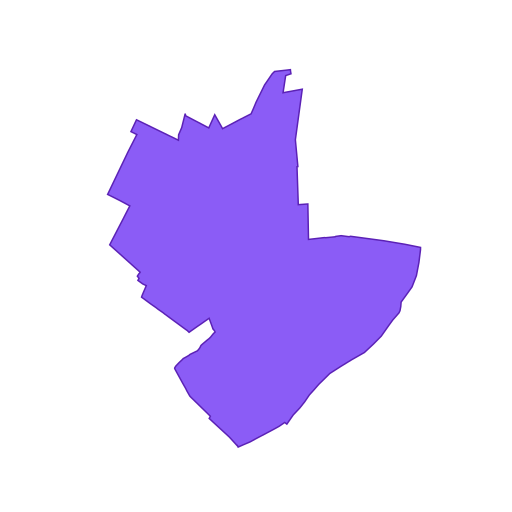 Zimnicea, Teleorman, Romania (Equal Earth projection), rotated 286°
{"feature_id": "2599482B67626628859596", "entity_name": "Zimnicea", "entity_type": "district", "adm_level": 2, "iso_a3": "ROU", "parent_name": "Romania", "parent_adm1": "Teleorman", "projection": "equal_earth", "projection_center": [25.358, 43.689], "detail": "fine", "context": "isolated", "style": "filled", "palette": "violet", "viewbox_px": 512, "rotation_deg": 286, "n_neighbors": 0, "source": "geoboundaries", "source_scale": "gbopen_adm2", "svg_char_len": 2363}
<svg xmlns="http://www.w3.org/2000/svg" viewBox="0 0 512 512"><g transform="rotate(286 256 256)"><path d="M401.4,213.4L396.4,212.8L391.3,212.1L382.2,202.3L369.2,188.8L380.4,177.4L366.1,175.3L371.2,150.7L371.4,149.8L373.3,148.7L358.9,149.2L351.2,148.2L345.9,149.5L349.3,130.3L354.0,103.6L353.6,103.5L341.1,101.5L339.9,108.0L321.0,104.3L274.3,96.4L274.2,97.0L271.8,109.8L269.4,120.9L260.9,119.2L254.7,118.0L242.9,115.6L236.9,114.4L231.0,113.2L226.4,112.3L208.5,149.1L208.0,149.0L206.3,148.2L203.9,147.5L202.3,149.7L200.0,149.2L199.5,150.5L198.3,153.8L197.9,154.9L197.3,158.7L193.0,158.2L190.9,157.9L186.5,157.4L184.9,157.3L184.8,157.5L180.7,168.6L178.8,174.2L177.8,176.6L176.8,179.6L175.8,182.5L175.2,183.9L175.1,184.1L166.0,208.7L165.5,210.2L165.5,210.3L164.2,212.7L166.1,214.2L172.2,219.1L175.8,222.1L178.3,224.1L179.3,224.9L183.2,228.1L177.6,232.2L175.8,233.5L173.9,234.8L173.9,235.1L173.4,235.7L172.9,236.4L172.4,237.0L172.1,237.3L171.8,237.5L171.4,237.6L171.1,237.4L170.0,236.6L168.6,236.0L165.7,234.8L163.7,233.7L161.8,232.3L157.3,229.3L155.3,228.0L154.2,227.6L153.2,227.5L152.3,227.3L150.9,226.8L148.7,225.8L143.6,220.1L143.1,219.6L142.1,219.0L140.1,217.1L137.9,214.9L137.5,214.4L136.3,213.8L132.4,211.5L128.6,209.5L127.6,209.1L126.0,208.7L125.5,208.8L124.8,209.4L124.3,209.9L113.6,220.5L109.3,224.9L107.2,226.8L103.2,230.9L102.9,231.3L102.1,232.7L89.4,256.3L86.9,255.8L74.6,280.3L68.3,290.5L68.5,290.6L67.4,291.5L71.1,295.9L75.8,301.7L79.8,305.7L82.4,308.4L89.1,315.4L91.1,317.5L95.3,321.8L98.6,325.1L103.9,329.5L102.9,332.0L113.5,335.6L122.0,340.0L129.3,343.0L137.2,345.6L143.5,348.7L147.4,350.5L150.3,351.9L156.6,355.5L163.4,359.3L173.3,368.0L182.7,376.6L192.0,385.7L193.1,386.8L203.8,393.2L213.5,398.5L225.6,402.7L232.2,405.1L240.7,409.1L243.1,409.5L247.3,409.1L251.7,408.2L252.3,408.4L258.6,410.7L262.2,412.0L269.3,414.5L281.3,415.6L294.6,414.4L307.4,412.4L309.6,411.8L309.1,405.6L308.3,395.7L307.4,387.9L305.9,374.7L301.0,341.4L300.2,340.2L299.0,332.2L296.8,327.2L296.3,326.8L295.2,324.1L292.7,317.7L292.6,316.8L286.4,301.9L292.9,299.9L320.3,291.5L317.0,282.5L353.1,270.8L353.5,271.6L378.6,261.8L429.1,254.5L420.4,237.0L437.6,234.8L438.8,236.5L439.7,237.8L440.8,239.4L443.1,238.3L444.6,237.7L443.2,234.4L438.5,223.0L435.7,221.4L422.8,217.1L420.6,216.7L404.0,213.7L403.3,213.6L401.4,213.4Z" fill="#8b5cf6" stroke="#5b21b6" stroke-width="1.5"/></g></svg>